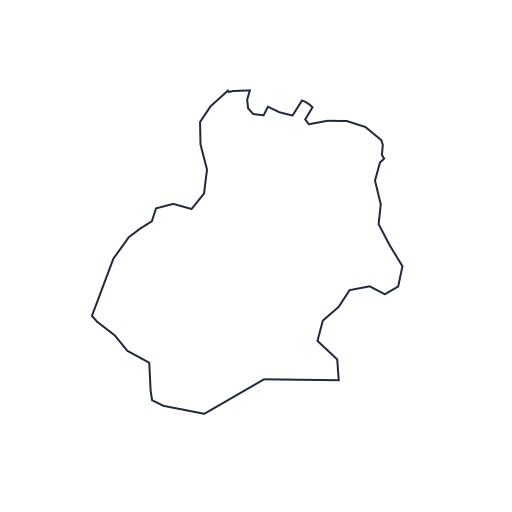 outline of Edineţ, rotated 143°
{"feature_id": "MDA-1615", "entity_name": "Edineţ", "entity_type": "District", "adm_level": 1, "iso_a3": "MDA", "parent_name": "Moldova", "parent_adm1": "", "projection": "equal_earth", "projection_center": [27.238, 48.122], "detail": "fine", "context": "isolated", "style": "outline", "palette": "slate", "viewbox_px": 512, "rotation_deg": 143, "n_neighbors": 0, "source": "natural_earth", "source_scale": "10m", "svg_char_len": 929}
<svg xmlns="http://www.w3.org/2000/svg" viewBox="0 0 512 512"><g transform="rotate(143 256 256)"><path d="M125.7,352.5L124.2,350.1L123.0,347.3L122.0,344.2L121.4,340.7L134.5,335.5L134.5,329.4L117.6,321.0L102.2,309.1L91.0,293.2L86.2,273.0L87.9,268.4L94.7,260.8L95.0,256.7L100.8,256.0L115.6,244.6L125.2,222.3L138.9,207.6L142.8,184.1L145.2,159.7L160.8,146.1L176.1,147.9L183.5,163.4L201.8,172.4L220.6,165.6L241.5,164.2L258.0,151.2L253.4,124.5L264.7,107.0L323.8,152.7L392.3,161.1L420.0,191.9L425.8,203.3L421.3,211.7L405.5,235.0L415.8,257.6L416.6,277.7L422.4,298.8L423.1,306.9L371.5,339.7L346.2,347.6L331.9,347.6L318.3,346.4L307.2,354.2L290.8,347.5L279.2,332.3L259.9,337.2L243.1,354.5L233.2,378.5L220.0,396.7L202.2,402.9L183.9,404.5L178.9,405.0L178.9,403.3L174.8,401.4L161.3,392.0L169.0,386.1L173.4,378.8L172.8,371.1L165.3,363.8L156.6,368.0L150.8,356.7L142.3,346.2L125.7,352.5Z" fill="none" stroke="#1e293b" stroke-width="2"/></g></svg>